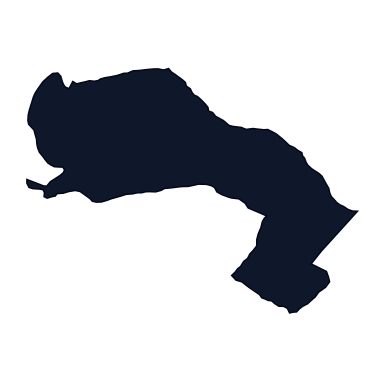 Planaltina do Paraná, Paraná, Brazil (Albers equal-area conic projection), rotated 88°
{"feature_id": "56859067B78623757786871", "entity_name": "Planaltina do Paraná", "entity_type": "district", "adm_level": 2, "iso_a3": "BRA", "parent_name": "Brazil", "parent_adm1": "Paraná", "projection": "albers", "projection_center": [-52.929, -23.09], "detail": "fine", "context": "isolated", "style": "filled", "palette": "ink", "viewbox_px": 384, "rotation_deg": 88, "n_neighbors": 0, "source": "geoboundaries", "source_scale": "gbopen_adm2", "svg_char_len": 2555}
<svg xmlns="http://www.w3.org/2000/svg" viewBox="0 0 384 384"><g transform="rotate(88 192 192)"><path d="M316.3,98.7L315.6,95.0L315.5,91.7L312.4,88.6L310.1,85.4L307.7,80.3L304.8,77.0L301.2,72.5L296.5,68.9L294.5,65.8L291.8,61.8L286.5,57.6L281.7,58.6L276.1,60.4L268.0,75.4L255.6,64.8L217.0,27.3L216.6,32.4L214.9,36.6L211.7,41.1L210.0,44.6L207.7,47.6L205.0,49.8L201.3,53.0L197.7,54.4L193.1,55.2L186.9,58.5L180.8,61.5L178.2,64.1L172.9,71.6L169.1,75.5L165.9,77.1L162.1,78.3L159.8,80.2L156.5,80.9L154.1,84.8L151.2,88.2L148.8,93.2L145.0,96.9L142.0,99.9L137.0,105.7L134.5,109.9L132.2,114.1L132.3,118.1L131.5,123.7L130.7,128.8L131.3,135.7L129.1,140.7L128.3,146.3L127.7,149.5L126.7,152.7L121.8,158.0L118.9,162.8L117.1,165.9L113.3,168.6L111.6,172.6L108.0,173.1L104.4,175.8L99.3,180.5L96.8,183.2L95.2,186.5L92.5,188.5L88.8,190.1L85.9,194.0L82.2,194.8L79.6,197.6L77.5,200.2L73.9,204.8L71.4,208.3L67.8,211.1L69.1,216.1L67.8,221.4L67.7,226.4L68.0,231.7L68.3,235.8L68.7,240.3L68.9,246.9L71.0,252.3L71.0,256.1L71.9,259.1L72.9,262.7L73.5,266.1L74.1,269.6L74.7,274.6L75.8,279.4L77.4,282.1L77.9,285.8L77.2,290.7L78.1,294.5L79.0,299.5L79.9,303.5L77.4,307.3L84.4,311.3L82.7,315.0L80.1,316.7L76.7,317.9L71.8,319.1L68.4,322.0L68.7,327.1L72.2,332.0L76.8,337.3L83.5,342.4L87.7,345.3L91.3,347.1L104.5,351.7L109.4,353.0L115.0,353.5L118.6,352.9L124.5,347.8L133.7,345.6L139.2,345.3L142.9,344.6L147.0,343.1L151.0,340.0L154.6,337.6L158.0,335.0L160.0,332.2L161.9,328.8L162.4,323.9L162.6,320.3L165.4,318.6L168.2,319.9L170.9,323.3L176.7,333.1L181.1,337.0L180.7,340.2L173.7,356.6L177.5,356.7L181.8,354.7L183.1,350.8L183.8,343.8L184.7,340.6L187.6,339.5L191.5,340.0L193.1,337.0L191.8,332.3L191.3,328.9L188.9,326.8L188.7,320.6L187.3,315.5L186.4,308.6L187.6,303.8L190.2,300.4L192.6,297.3L195.2,294.0L197.7,292.0L198.8,288.1L198.8,282.9L197.4,277.3L195.9,272.8L193.4,262.6L192.0,257.7L191.8,251.6L190.9,246.6L191.0,242.3L190.1,238.1L190.2,233.9L190.6,228.3L189.3,222.9L187.5,219.3L187.1,212.5L186.5,205.8L186.2,201.8L186.3,195.7L185.2,189.5L184.4,185.2L184.9,177.2L186.3,172.6L188.2,169.4L192.8,167.1L195.8,162.0L198.5,155.4L199.4,152.5L200.5,145.3L205.1,139.3L209.9,136.4L212.9,130.1L218.5,118.2L220.7,120.6L224.1,122.7L230.1,124.4L236.0,127.2L241.7,128.9L248.1,129.2L252.8,133.1L256.0,136.4L260.4,138.8L263.1,142.7L268.3,146.2L270.1,148.9L273.7,151.8L276.8,155.3L281.7,151.0L283.5,145.3L286.4,141.9L289.6,138.0L296.8,128.2L300.2,125.9L301.4,122.9L303.1,119.5L303.5,116.3L306.5,113.1L309.2,109.2L309.5,104.5L311.5,100.8L316.3,98.7Z" fill="#0f172a" stroke="#020617" stroke-width="1.5"/></g></svg>